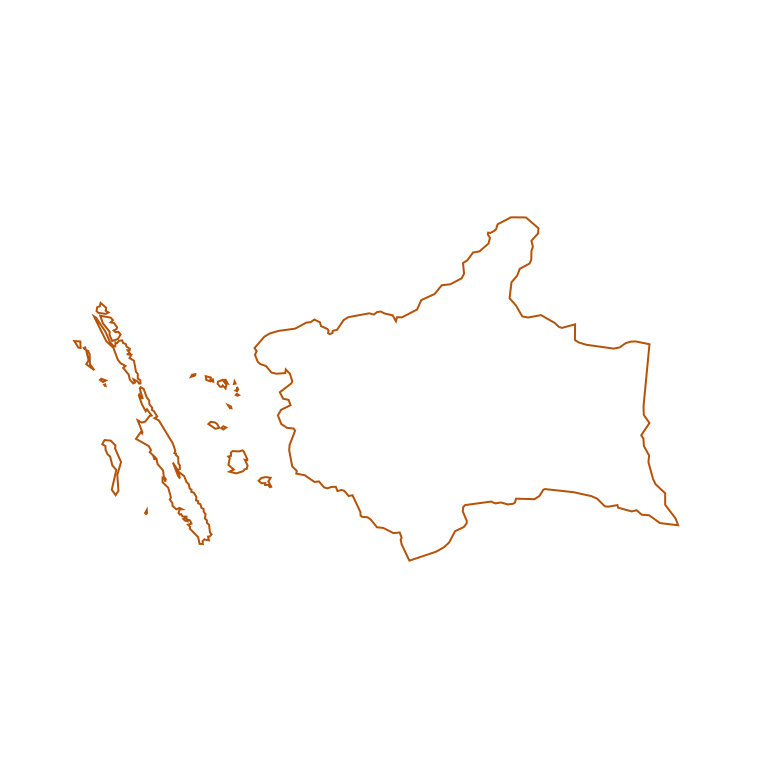 Hai Ha, Quảng Ninh, Vietnam (Equal Earth projection), rotated 99°
{"feature_id": "81297802B53592665760601", "entity_name": "Hai Ha", "entity_type": "district", "adm_level": 2, "iso_a3": "VNM", "parent_name": "Vietnam", "parent_adm1": "Quảng Ninh", "projection": "equal_earth", "projection_center": [107.715, 21.448], "detail": "fine", "context": "isolated", "style": "outline", "palette": "amber", "viewbox_px": 768, "rotation_deg": 99, "n_neighbors": 0, "source": "geoboundaries", "source_scale": "gbopen_adm2", "svg_char_len": 6184}
<svg xmlns="http://www.w3.org/2000/svg" viewBox="0 0 768 768"><g transform="rotate(99 384 384)"><path d="M218.2,304.8L220.0,304.9L223.0,302.2L229.0,302.8L238.1,310.5L240.2,316.6L248.7,321.0L252.2,324.9L262.5,322.2L267.4,323.8L275.1,334.0L277.4,342.4L287.2,348.1L295.3,360.3L305.3,363.0L315.3,376.6L316.0,381.6L320.2,382.0L314.8,386.2L314.3,394.3L312.9,398.6L314.2,402.3L317.0,404.8L316.5,409.7L323.6,429.7L327.1,433.8L337.9,438.9L339.5,443.0L341.7,442.9L343.2,445.3L342.6,447.2L340.0,447.1L338.5,448.5L336.6,455.4L333.2,456.8L331.2,462.8L334.4,466.1L335.5,470.3L343.2,480.4L348.0,496.3L352.0,504.8L356.0,509.6L368.8,517.5L371.5,514.9L375.4,516.0L381.9,512.1L383.6,509.5L384.7,503.4L390.3,496.9L390.7,492.2L388.7,483.3L385.0,483.3L388.5,478.6L395.7,475.0L398.0,475.7L408.4,485.6L414.3,481.4L414.6,475.7L419.6,473.0L425.6,481.6L431.6,483.9L439.7,479.1L442.5,472.8L442.1,466.4L444.0,464.5L459.1,467.7L464.2,467.3L479.7,461.8L483.5,456.6L486.2,456.6L486.5,448.1L491.6,437.3L490.4,433.0L495.5,427.1L495.9,423.5L493.8,419.7L493.1,415.5L497.0,413.2L495.3,409.2L495.7,406.5L500.2,401.4L498.8,397.7L514.1,387.3L517.7,386.5L518.7,384.4L518.2,379.5L519.7,376.2L526.6,368.5L526.3,362.2L529.8,351.3L528.2,345.3L533.2,342.5L535.0,343.2L539.6,341.5L554.5,331.3L541.4,306.2L535.9,299.3L530.4,294.9L518.3,290.8L512.7,282.7L508.7,280.6L506.3,280.8L497.5,286.3L493.2,286.5L490.9,284.9L483.4,259.9L484.5,255.2L482.7,250.0L483.6,243.0L482.1,237.8L480.6,236.1L476.6,235.7L474.2,217.3L470.3,213.0L463.5,210.1L462.6,208.5L461.2,179.8L462.3,161.7L463.9,155.6L470.2,146.8L470.1,143.3L467.1,134.5L469.5,133.4L471.1,119.4L469.2,114.8L472.8,108.9L472.2,101.5L478.2,89.6L477.5,71.4L471.3,74.9L459.3,87.4L447.9,89.2L440.6,100.0L435.8,103.4L419.8,110.6L413.1,111.0L404.6,117.6L397.5,119.2L394.4,121.9L381.0,115.7L373.9,122.6L365.3,124.2L303.2,128.0L302.6,142.0L303.5,146.7L305.7,151.5L311.0,157.0L313.1,162.6L313.6,190.6L312.5,198.2L310.7,202.3L295.2,204.6L300.7,217.0L300.3,220.0L296.9,225.1L291.4,239.7L295.8,252.1L295.6,258.0L285.9,265.9L279.6,273.4L263.6,274.0L256.1,269.4L248.9,267.9L242.3,259.1L238.3,258.0L229.5,259.2L225.2,258.4L219.4,260.8L211.3,255.4L206.0,255.8L197.3,269.9L199.5,284.7L208.5,296.8L213.5,297.5L215.8,299.4L218.1,302.5L218.2,304.8ZM562.3,533.9L561.9,532.3L559.5,530.8L557.8,532.7L550.3,534.8L548.9,537.2L546.3,537.6L544.9,539.9L540.7,539.8L538.2,542.2L535.8,542.5L534.8,545.0L531.4,546.5L530.9,548.9L528.8,549.2L528.3,551.5L525.2,551.5L521.2,554.6L520.7,557.4L518.5,557.6L517.7,559.6L513.3,561.2L511.8,563.7L506.3,566.9L502.7,573.3L509.2,570.8L506.9,573.1L494.6,580.2L501.3,574.3L500.0,572.4L496.4,572.9L494.5,574.7L488.3,575.8L486.6,578.5L485.2,578.6L485.1,580.2L482.6,579.7L475.7,583.3L455.2,600.7L453.6,605.3L451.6,602.9L446.7,607.1L445.9,609.2L443.7,609.2L440.7,612.6L437.0,613.3L434.5,616.1L426.5,620.6L425.2,623.9L426.8,624.5L435.7,620.3L436.1,621.8L432.7,624.1L433.6,624.4L441.8,620.0L448.2,615.1L446.0,614.2L451.5,608.6L452.2,610.5L458.6,614.0L460.0,617.3L458.4,621.6L469.6,615.0L470.7,615.2L469.3,616.6L477.0,620.4L482.0,606.8L485.9,603.7L487.9,604.8L492.5,598.1L493.4,598.2L493.0,599.7L494.2,599.1L493.6,596.9L498.4,595.2L504.0,588.7L509.9,587.0L512.2,584.6L514.7,584.9L512.4,585.6L511.3,588.0L515.6,587.4L520.2,580.9L529.3,576.7L531.6,577.5L534.8,574.3L537.5,573.8L540.3,569.5L538.4,566.6L539.3,563.8L539.8,566.1L543.5,566.8L544.9,565.3L544.3,564.0L546.4,562.3L545.9,558.3L547.0,558.2L548.7,561.1L550.1,559.1L550.3,556.7L548.4,557.8L549.1,554.3L552.0,552.3L553.6,555.6L555.3,553.2L557.2,553.2L564.3,543.6L570.7,541.2L570.4,537.9L567.5,538.6L565.6,537.2L565.8,532.5L562.3,533.9ZM420.1,627.7L421.9,626.1L421.5,624.6L418.4,625.2L417.2,628.0L412.5,628.8L410.7,630.9L400.1,634.6L398.2,639.4L394.6,638.1L394.9,642.7L393.5,639.8L390.8,642.5L390.4,640.5L388.9,640.6L387.4,644.1L384.9,645.3L384.3,648.2L381.9,649.3L382.7,652.4L385.4,654.1L385.0,655.7L388.9,655.3L389.2,656.8L385.7,661.0L375.8,667.4L363.7,678.6L362.6,681.0L385.3,664.9L390.5,657.0L401.7,650.7L404.7,647.4L406.6,642.2L408.9,644.1L414.6,637.7L419.5,635.7L422.7,631.8L421.6,630.2L418.6,632.1L420.1,627.7ZM535.8,631.7L531.0,629.6L515.6,633.2L502.2,631.5L489.8,639.5L486.7,639.6L482.7,645.1L483.1,651.2L487.5,652.9L488.9,649.4L492.6,648.7L496.7,646.0L498.6,643.1L507.0,639.5L510.7,635.0L531.0,636.3L535.8,631.7ZM492.2,509.5L490.2,508.5L489.3,506.3L485.8,506.0L480.6,509.6L480.7,507.3L479.9,507.1L472.4,512.1L471.7,513.4L473.2,516.4L474.0,523.2L475.8,524.5L478.9,523.9L480.0,526.4L481.3,524.7L488.2,525.0L492.0,519.0L494.8,523.0L495.4,515.9L492.2,509.5ZM384.0,659.2L381.2,653.9L376.3,651.9L374.0,654.5L374.8,657.3L373.4,659.4L371.5,656.7L369.7,656.5L365.9,660.4L365.9,663.6L363.3,661.7L361.2,664.4L361.0,674.9L367.8,671.3L375.4,663.1L378.4,662.8L384.0,659.2ZM358.3,670.0L356.5,667.3L355.2,670.4L352.2,670.3L348.2,676.6L351.6,676.8L353.1,679.3L357.0,679.3L358.4,677.2L358.3,670.0ZM501.8,482.6L503.8,480.5L503.1,479.3L498.2,483.0L494.4,481.3L494.4,486.2L496.0,490.4L499.2,492.7L501.2,489.5L500.5,485.8L502.3,485.7L501.8,482.6ZM411.1,681.1L415.6,672.3L410.4,677.6L400.9,679.3L397.7,681.3L397.1,683.5L406.7,679.5L411.1,681.1ZM451.0,551.2L454.6,543.5L453.1,539.8L449.4,542.8L448.4,545.2L448.5,549.3L451.0,551.2ZM409.8,548.4L412.4,545.4L412.2,543.8L410.6,543.1L413.2,539.8L409.4,539.5L405.2,544.0L407.7,548.4L409.8,548.4ZM395.8,689.3L389.5,690.6L390.0,696.6L395.9,691.5L395.8,689.3ZM407.8,560.1L408.5,556.3L404.7,556.0L404.2,561.3L407.8,560.1ZM424.4,665.2L426.0,661.7L424.0,659.2L423.0,664.1L424.4,665.2ZM453.0,537.8L454.1,535.6L451.7,533.1L450.9,536.1L453.0,537.8ZM407.2,575.8L405.1,571.9L403.8,571.9L404.9,575.0L407.2,575.8ZM548.9,599.8L549.7,598.7L548.8,597.9L545.5,598.6L548.9,599.8ZM404.9,542.4L407.6,540.2L407.9,538.5L404.6,541.2L404.9,542.4ZM429.2,534.8L432.0,532.3L431.8,530.9L430.1,531.7L429.2,534.8ZM414.1,527.9L412.0,527.2L409.9,528.9L412.4,528.2L413.7,529.6L414.1,527.9ZM408.1,555.0L408.4,553.0L406.2,553.7L406.6,555.0L408.1,555.0ZM418.0,528.6L418.5,526.7L417.7,525.5L416.7,527.7L418.0,528.6ZM395.3,686.2L396.4,685.2L396.5,684.2L394.6,684.9L395.3,686.2ZM407.4,532.2L406.8,530.7L404.9,532.0L407.4,532.2ZM428.5,660.3L429.4,659.4L429.5,658.7L428.0,659.3L428.5,660.3Z" fill="none" stroke="#b45309" stroke-width="2"/></g></svg>